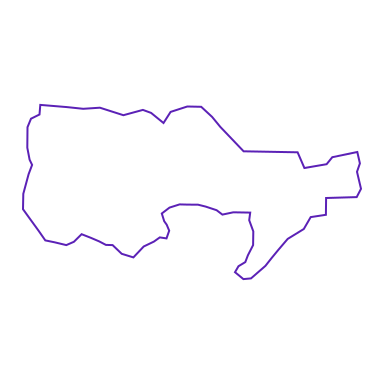 Narpay, Samarkand, Uzbekistan
{"feature_id": "79887680B24658662729517", "entity_name": "Narpay", "entity_type": "district", "adm_level": 2, "iso_a3": "UZB", "parent_name": "Uzbekistan", "parent_adm1": "Samarkand", "projection": "orthographic", "projection_center": [65.992, 39.862], "detail": "fine", "context": "isolated", "style": "outline", "palette": "violet", "viewbox_px": 384, "rotation_deg": 0, "n_neighbors": 0, "source": "geoboundaries", "source_scale": "gbopen_adm2", "svg_char_len": 1065}
<svg xmlns="http://www.w3.org/2000/svg" viewBox="0 0 384 384"><path d="M326.1,198.0L356.7,197.1L361.0,188.8L357.0,171.8L359.9,163.4L357.3,152.0L332.3,157.2L326.6,164.2L304.4,168.0L297.6,152.3L243.6,151.3L220.3,126.9L212.1,116.9L201.2,106.8L187.3,106.5L170.6,111.9L163.5,123.0L151.1,112.9L142.9,109.9L123.4,115.2L99.9,107.7L83.2,108.8L67.0,107.1L40.3,104.9L39.5,114.5L31.0,118.7L27.5,127.2L27.3,147.7L29.6,159.7L32.1,164.9L28.6,174.2L23.3,193.8L23.0,209.2L30.5,219.6L38.7,230.9L45.3,240.4L54.6,242.3L66.3,245.1L73.9,241.8L81.6,234.2L90.8,237.8L99.2,241.4L105.9,244.9L112.6,245.1L121.7,253.8L133.4,257.4L143.7,246.5L153.9,241.6L159.8,237.4L166.5,238.4L169.2,230.7L166.7,224.7L164.2,221.2L161.8,213.5L169.5,207.6L179.6,204.4L187.2,204.6L198.1,204.7L205.7,206.6L216.6,210.2L222.4,214.6L233.3,212.3L250.2,212.6L249.2,220.2L253.3,231.4L253.1,245.1L247.9,255.3L245.3,262.1L238.5,266.2L235.0,272.2L243.4,279.1L251.0,278.4L265.4,265.9L271.4,258.3L278.3,249.9L287.7,238.9L303.8,229.0L310.7,217.1L325.9,214.8L326.1,198.0Z" fill="none" stroke="#5b21b6" stroke-width="2"/></svg>